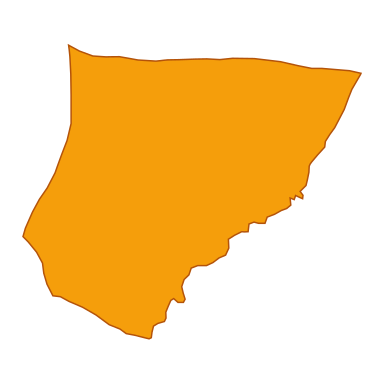 Bleebo, Grand Kru, Liberia
{"feature_id": "62588387B93469506869608", "entity_name": "Bleebo", "entity_type": "district", "adm_level": 2, "iso_a3": "LBR", "parent_name": "Liberia", "parent_adm1": "Grand Kru", "projection": "albers", "projection_center": [-7.948, 4.745], "detail": "fine", "context": "isolated", "style": "filled", "palette": "amber", "viewbox_px": 384, "rotation_deg": 0, "n_neighbors": 0, "source": "geoboundaries", "source_scale": "gbopen_adm2", "svg_char_len": 1497}
<svg xmlns="http://www.w3.org/2000/svg" viewBox="0 0 384 384"><path d="M23.0,236.6L28.2,241.9L36.6,252.2L42.5,263.1L43.8,273.3L47.0,284.2L52.9,295.8L60.4,296.7L69.2,301.5L71.6,302.5L82.5,307.2L95.9,314.9L109.2,324.7L119.9,329.0L126.2,333.6L134.6,335.2L145.3,337.9L149.1,338.8L151.3,337.7L152.0,332.2L153.5,326.1L157.9,323.4L164.4,321.5L166.0,318.1L165.8,312.2L168.1,306.5L170.8,300.4L173.7,298.6L178.0,302.4L183.4,302.4L185.1,299.2L183.2,293.1L181.7,286.7L184.1,279.5L188.9,274.9L191.2,268.1L197.7,265.6L206.4,265.6L212.9,262.6L219.1,257.9L225.6,255.1L228.8,248.1L228.4,239.2L234.5,235.3L241.7,231.7L244.2,231.9L248.1,231.7L249.0,224.0L254.0,222.1L258.5,223.3L265.0,223.3L267.2,217.1L274.7,214.2L281.3,210.5L286.7,208.5L290.8,205.1L290.1,198.0L294.2,199.6L295.6,195.5L300.1,197.6L302.6,198.7L303.0,195.3L300.1,191.4L306.0,185.5L307.3,180.1L308.9,172.3L309.2,166.2L310.1,164.1L311.7,161.9L317.5,155.0L324.7,147.1L325.4,141.4L329.7,134.6L334.7,127.7L344.2,109.5L348.7,97.3L351.9,89.3L360.5,74.5L361.0,73.3L349.5,70.7L344.5,70.3L321.7,68.4L311.7,68.4L298.1,65.7L280.5,61.7L254.3,58.6L232.6,58.3L219.9,59.6L206.8,58.9L195.3,59.1L178.9,59.7L167.6,59.9L163.5,60.3L160.2,60.7L155.9,61.1L138.0,60.0L128.6,58.3L119.4,56.7L109.6,56.8L106.1,56.9L92.8,56.0L79.5,51.1L68.6,45.2L69.2,49.7L69.9,56.6L70.8,74.1L71.1,95.2L71.1,119.5L71.1,123.6L67.1,140.4L61.5,155.0L57.3,166.5L55.1,172.8L47.2,188.0L39.4,199.3L33.0,211.1L32.2,212.7L25.4,228.2L23.0,236.6Z" fill="#f59e0b" stroke="#b45309" stroke-width="1.5"/></svg>